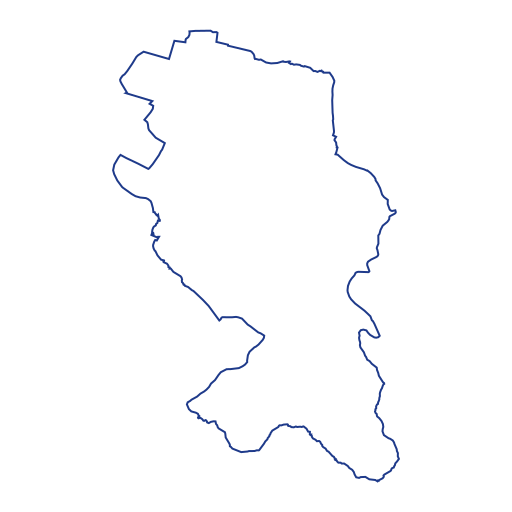 Coas, Maramures, Romania
{"feature_id": "2599482B41042364837180", "entity_name": "Coas", "entity_type": "district", "adm_level": 2, "iso_a3": "ROU", "parent_name": "Romania", "parent_adm1": "Maramures", "projection": "mercator", "projection_center": [23.595, 47.517], "detail": "fine", "context": "isolated", "style": "outline", "palette": "blue", "viewbox_px": 512, "rotation_deg": 0, "n_neighbors": 0, "source": "geoboundaries", "source_scale": "gbopen_adm2", "svg_char_len": 6052}
<svg xmlns="http://www.w3.org/2000/svg" viewBox="0 0 512 512"><path d="M323.2,71.8L322.4,71.8L321.6,70.6L320.7,71.1L319.9,70.8L317.5,71.9L315.2,71.0L313.6,71.1L310.2,67.8L304.7,66.1L304.0,66.6L301.1,65.8L299.9,64.9L296.2,64.4L293.9,64.7L291.9,63.7L290.9,64.1L289.0,62.9L289.9,61.5L289.4,61.4L286.0,62.0L282.6,61.6L282.6,61.4L277.3,63.0L271.1,63.4L266.1,62.5L260.8,59.5L259.0,59.8L255.7,58.9L255.0,59.0L254.6,58.3L254.2,55.5L253.5,54.0L251.7,51.9L250.5,51.1L228.0,45.7L228.0,44.7L216.4,41.9L217.5,32.8L216.5,32.1L212.9,32.2L210.6,30.7L195.1,30.9L189.4,31.4L189.6,32.7L189.4,34.9L188.3,37.1L185.9,39.0L185.6,39.9L185.4,42.3L174.4,40.8L169.0,59.0L143.6,51.7L138.0,55.3L136.3,57.0L132.3,63.6L127.2,71.1L124.6,74.3L122.6,75.7L120.8,78.2L120.1,79.8L120.4,81.3L121.7,83.9L126.9,92.5L125.8,93.1L152.3,101.1L149.6,103.8L153.2,105.8L152.8,108.8L150.6,112.3L144.4,119.8L147.3,122.2L147.9,124.3L148.4,128.5L149.1,130.2L155.7,137.7L164.8,143.1L162.1,149.7L161.0,151.1L159.0,155.1L152.7,164.2L149.2,168.3L148.3,168.9L138.2,163.7L126.4,158.1L120.5,154.9L118.5,157.4L114.3,164.6L113.1,170.3L114.2,174.2L117.3,180.5L122.1,187.0L123.3,188.0L131.7,194.0L135.5,196.2L140.1,197.5L145.9,198.1L148.1,199.1L150.7,201.2L151.5,203.0L152.9,208.1L153.4,212.1L154.7,212.2L154.9,212.9L156.4,214.9L156.6,214.7L157.5,215.7L158.1,214.9L158.8,218.5L159.9,220.1L159.7,220.9L157.9,220.6L157.3,223.1L156.2,223.8L155.8,224.9L155.8,225.4L153.8,226.7L153.2,227.7L152.4,229.8L152.1,232.0L153.2,232.8L153.4,233.8L152.0,233.4L151.4,235.0L157.2,237.4L157.4,237.5L157.9,236.8L159.0,236.8L156.8,240.5L155.2,240.0L154.2,241.7L153.1,245.0L153.1,246.3L153.6,248.4L154.7,250.6L155.4,251.1L157.5,255.4L161.1,259.7L164.0,260.4L164.1,260.7L163.4,261.8L163.7,262.2L167.0,263.7L168.4,265.6L168.4,267.0L169.6,267.4L169.5,268.6L170.5,268.4L170.8,268.6L173.4,271.9L180.5,276.2L181.5,277.5L182.1,279.5L181.8,280.5L182.0,282.2L182.8,282.8L183.6,284.7L184.4,284.6L184.9,285.8L188.1,287.0L191.8,290.1L193.5,291.0L202.9,299.9L208.6,305.9L219.3,320.5L220.6,319.4L221.5,317.7L222.4,317.2L231.7,317.3L236.0,316.9L238.2,317.3L242.0,318.6L247.7,324.6L250.5,326.4L258.2,332.4L260.6,333.3L264.2,335.6L263.9,337.8L262.8,339.8L258.5,344.6L255.8,346.7L254.4,347.3L249.6,351.7L247.9,355.2L247.1,360.7L247.2,362.1L245.0,364.6L242.7,366.2L238.9,368.1L230.6,369.1L226.6,369.2L220.8,372.2L218.5,375.0L215.0,380.1L211.0,383.6L209.1,386.9L206.5,389.6L204.1,391.5L200.5,393.6L197.1,396.6L191.5,399.7L190.2,400.9L187.7,402.3L186.9,404.4L188.9,409.1L191.3,411.4L195.9,412.7L197.9,413.8L198.4,415.1L199.2,415.9L198.0,417.4L198.2,418.1L198.6,418.3L200.2,417.7L202.3,419.2L203.4,420.7L204.4,420.8L205.4,420.1L206.2,420.4L207.1,421.8L207.1,422.4L207.7,422.7L208.8,423.1L210.8,421.9L213.5,421.3L215.5,421.4L216.0,423.9L217.2,425.3L217.7,427.1L218.6,428.4L224.9,432.2L225.3,433.7L225.7,437.5L229.3,443.5L229.8,444.6L229.9,446.3L230.8,446.8L232.4,448.6L241.2,452.1L247.7,451.5L248.8,451.1L254.6,451.0L256.8,450.3L258.8,450.4L259.2,450.1L263.9,443.8L265.3,441.4L267.4,439.3L267.7,438.1L269.3,436.3L269.4,435.3L270.2,434.5L270.5,433.3L272.3,430.6L278.3,427.0L279.0,425.7L279.6,425.3L281.3,425.4L283.6,424.6L287.4,424.3L287.9,424.6L288.0,425.6L288.2,425.9L290.5,426.3L291.3,427.1L293.8,427.3L295.9,426.5L297.1,427.0L300.2,426.7L301.8,427.0L303.2,426.4L303.7,426.5L306.5,428.7L308.1,431.6L309.9,431.8L309.8,434.4L310.3,434.9L311.3,434.6L311.3,435.4L311.9,436.0L311.8,436.7L312.9,438.4L315.6,439.8L316.9,441.2L319.1,441.0L320.2,441.8L321.0,443.7L322.2,444.9L322.2,445.9L323.2,447.1L325.6,448.6L327.0,450.9L328.6,451.7L332.4,456.0L333.9,456.8L334.2,457.6L334.8,458.2L334.8,459.0L335.8,459.2L335.5,460.1L336.6,460.4L337.1,461.4L338.4,462.7L340.7,462.7L341.6,463.5L344.1,463.5L347.8,466.0L349.3,468.0L352.2,469.8L353.8,472.0L354.6,474.4L356.2,477.3L359.1,477.9L360.7,477.1L365.4,476.9L369.3,479.3L375.3,480.0L377.5,481.3L377.9,480.5L378.7,480.8L378.9,480.2L382.6,478.3L383.6,477.1L383.8,476.5L383.5,475.5L384.3,474.6L390.5,471.0L391.0,470.4L391.6,468.7L392.2,468.1L393.8,467.5L394.2,466.1L394.8,465.5L395.3,463.4L397.1,461.4L398.9,458.9L397.8,456.3L397.9,453.1L396.9,451.0L396.7,449.2L394.3,443.6L394.1,442.6L392.8,440.5L390.2,438.8L388.5,438.2L383.9,435.1L382.5,431.3L382.7,429.2L383.3,426.9L382.9,424.0L381.5,421.0L379.2,418.1L377.2,416.5L376.9,415.7L376.7,414.0L375.6,413.0L375.0,411.5L375.4,410.4L375.4,409.2L376.2,408.3L376.1,406.4L377.0,404.5L378.0,403.9L378.1,402.2L378.5,401.7L379.3,399.4L379.3,398.1L379.9,396.1L379.8,393.7L380.1,392.3L381.1,389.6L381.9,388.4L382.8,385.7L383.5,384.3L384.2,383.9L384.1,383.1L382.9,382.1L378.9,375.8L378.2,372.9L377.0,369.9L376.7,367.6L371.8,363.8L369.6,361.1L367.2,359.7L366.1,357.0L365.1,355.7L363.9,352.3L360.4,347.4L359.9,345.0L360.2,343.8L360.1,342.2L359.4,340.1L359.1,338.1L359.1,337.4L359.6,335.8L359.0,332.6L360.8,330.2L363.3,329.6L366.4,330.4L368.0,332.7L370.1,334.9L374.3,337.4L376.2,337.7L378.3,337.2L379.7,335.8L374.3,323.6L372.9,321.1L371.9,320.3L370.4,316.3L364.5,310.7L355.1,303.5L351.1,299.3L349.3,296.5L347.7,292.0L347.5,290.2L348.0,285.9L349.7,281.5L351.7,278.4L354.4,275.4L355.6,272.8L357.2,272.0L358.5,271.8L367.2,272.1L368.5,272.1L369.1,271.7L369.4,271.2L367.2,265.1L367.2,263.4L368.0,261.7L371.2,259.5L376.0,257.2L377.4,256.3L378.1,255.2L378.3,254.3L377.4,249.9L376.8,248.5L376.9,247.3L378.4,243.7L378.3,235.5L379.5,233.8L380.5,230.0L382.7,225.7L387.2,222.0L388.4,220.5L389.2,219.1L389.4,216.9L389.9,216.2L394.7,213.7L395.5,212.9L395.8,212.1L395.3,210.3L392.0,211.0L390.8,210.5L389.7,209.5L387.7,204.0L387.8,199.9L384.0,197.1L382.1,194.6L380.1,188.2L377.6,183.3L375.6,180.4L375.5,179.0L374.3,177.0L370.8,173.2L367.4,170.5L367.1,170.7L364.0,169.3L355.9,166.9L351.1,164.9L347.8,163.1L343.9,160.2L337.7,154.7L335.5,154.3L336.4,151.9L337.5,147.6L336.7,147.4L336.9,146.3L336.4,145.3L336.1,142.5L334.5,140.2L334.6,139.3L336.1,136.8L333.0,135.3L333.9,132.6L334.0,131.1L332.8,120.3L333.2,119.3L333.0,115.9L332.6,112.8L332.2,100.2L332.6,95.0L332.4,91.6L332.5,88.6L333.2,85.3L334.2,82.3L334.3,80.7L332.6,77.0L329.6,72.7L323.5,72.7L323.2,71.8Z" fill="none" stroke="#1e3a8a" stroke-width="2"/></svg>